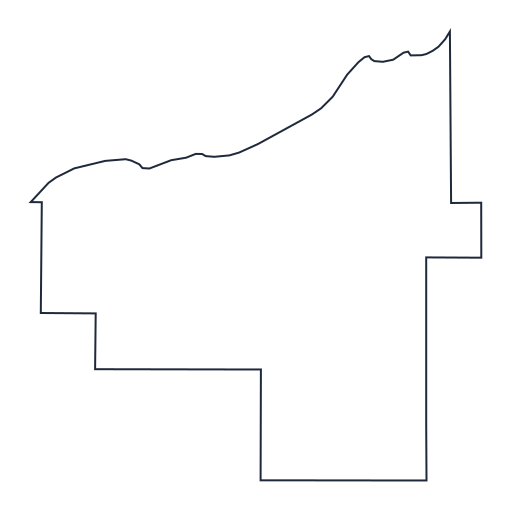 Ontonagon, Michigan, United States of America (orthographic projection)
{"feature_id": "52423323B11182696973268", "entity_name": "Ontonagon", "entity_type": "district", "adm_level": 2, "iso_a3": "USA", "parent_name": "United States of America", "parent_adm1": "Michigan", "projection": "orthographic", "projection_center": [-89.321, 46.682], "detail": "fine", "context": "isolated", "style": "outline", "palette": "slate", "viewbox_px": 512, "rotation_deg": 0, "n_neighbors": 0, "source": "geoboundaries", "source_scale": "gbopen_adm2", "svg_char_len": 725}
<svg xmlns="http://www.w3.org/2000/svg" viewBox="0 0 512 512"><path d="M426.2,424.5L426.2,257.4L481.3,257.7L481.2,202.7L451.1,203.0L449.9,31.5L445.2,39.2L438.5,46.7L432.7,50.8L426.4,54.0L421.5,55.2L410.7,55.4L408.1,51.6L403.5,52.7L393.2,59.7L382.9,61.8L374.3,61.1L371.3,59.2L369.0,56.1L364.5,57.2L358.4,62.2L347.2,74.6L332.7,96.7L321.1,108.3L311.9,114.5L258.0,144.0L239.0,152.6L229.4,155.4L214.3,156.8L205.6,156.1L202.2,154.0L195.7,153.9L186.1,157.7L171.2,160.2L149.4,168.5L142.5,168.1L139.3,164.3L131.3,160.6L125.7,159.2L105.1,160.9L74.2,168.4L56.0,177.5L48.6,182.8L30.7,202.1L41.8,202.2L40.8,313.0L95.7,313.4L95.1,369.2L260.9,369.5L260.6,480.3L426.5,480.5L426.2,424.5Z" fill="none" stroke="#1e293b" stroke-width="2"/></svg>